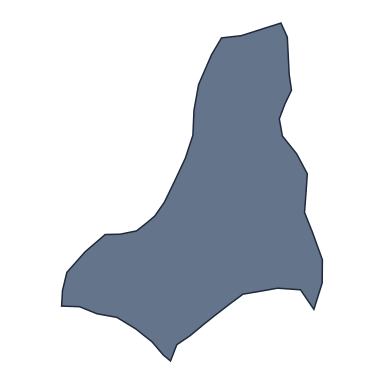 outline of Mégri, Wadi Fira, Chad
{"feature_id": "50815135B12471481376218", "entity_name": "Mégri", "entity_type": "district", "adm_level": 2, "iso_a3": "TCD", "parent_name": "Chad", "parent_adm1": "Wadi Fira", "projection": "natural_earth1", "projection_center": [21.641, 15.331], "detail": "fine", "context": "isolated", "style": "filled", "palette": "slate", "viewbox_px": 384, "rotation_deg": 0, "n_neighbors": 0, "source": "geoboundaries", "source_scale": "gbopen_adm2", "svg_char_len": 844}
<svg xmlns="http://www.w3.org/2000/svg" viewBox="0 0 384 384"><path d="M170.5,361.0L176.8,344.7L190.2,335.6L203.2,324.8L213.8,316.3L221.3,310.5L230.9,303.1L242.9,294.2L264.6,290.5L277.5,288.2L279.4,288.3L300.5,289.8L313.9,309.4L322.2,282.9L322.4,259.8L312.3,231.9L304.5,212.4L306.1,191.7L307.3,173.8L296.7,153.9L282.4,136.0L280.6,126.0L279.3,118.9L284.9,104.0L291.5,90.2L289.2,74.5L287.3,37.1L280.9,23.0L280.2,23.3L264.5,28.2L261.6,29.2L241.1,35.7L224.1,37.6L221.5,37.9L211.5,54.8L206.0,67.5L198.6,84.5L194.0,110.2L193.6,119.0L193.3,126.0L192.9,135.2L185.3,158.3L174.4,181.6L164.4,202.2L154.8,216.0L146.8,222.8L136.5,230.9L120.2,234.2L105.2,234.5L85.3,251.6L74.5,263.8L66.9,272.3L62.5,290.5L61.6,306.1L79.5,306.7L97.1,313.8L116.9,317.4L135.9,329.0L152.1,341.9L163.2,354.9L170.5,361.0Z" fill="#64748b" stroke="#1e293b" stroke-width="1.5"/></svg>